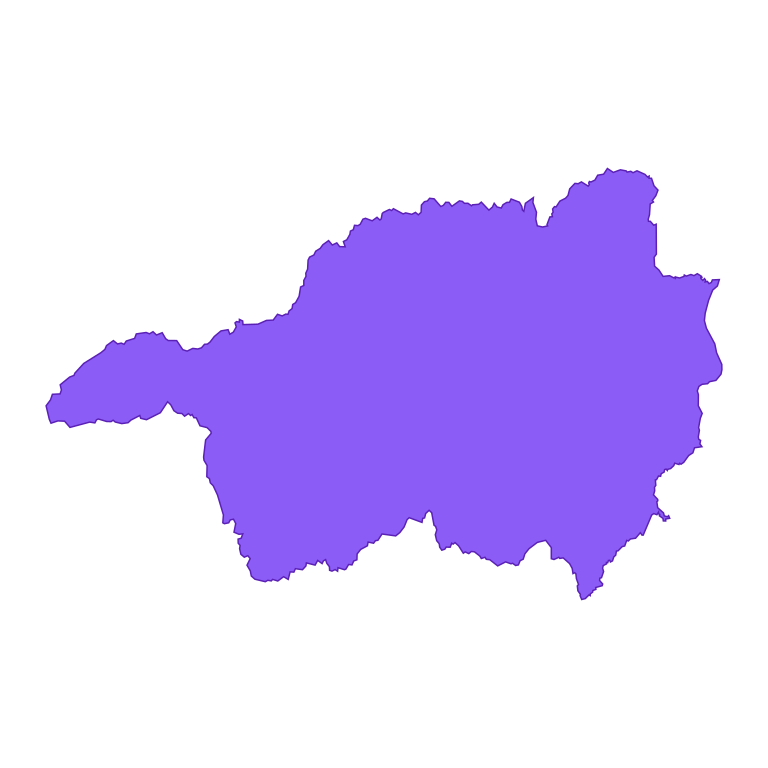 Santa Ana, Manabi, Ecuador
{"feature_id": "8360857B69594621756810", "entity_name": "Santa Ana", "entity_type": "district", "adm_level": 2, "iso_a3": "ECU", "parent_name": "Ecuador", "parent_adm1": "Manabi", "projection": "equal_earth", "projection_center": [-80.204, -1.195], "detail": "fine", "context": "isolated", "style": "filled", "palette": "violet", "viewbox_px": 768, "rotation_deg": 0, "n_neighbors": 0, "source": "geoboundaries", "source_scale": "gbopen_adm2", "svg_char_len": 6113}
<svg xmlns="http://www.w3.org/2000/svg" viewBox="0 0 768 768"><path d="M337.6,571.2L338.0,567.7L344.5,569.7L345.9,569.1L348.6,564.5L352.0,564.9L353.7,561.0L356.9,559.8L357.1,554.0L360.7,549.4L367.4,545.8L368.1,542.1L373.6,543.2L375.4,540.7L377.9,540.3L382.0,534.0L395.7,535.9L399.8,532.6L404.1,527.0L407.1,519.6L409.2,517.7L422.0,522.4L422.7,518.4L424.6,517.9L425.7,513.5L429.1,510.3L431.7,512.7L434.0,525.2L435.6,526.4L436.8,529.9L435.3,534.7L436.7,540.7L439.2,543.7L439.7,547.2L441.8,550.2L444.8,549.2L446.2,547.1L450.2,547.2L451.7,543.2L453.1,544.1L455.0,542.6L458.6,545.8L463.3,553.2L465.2,551.9L468.8,553.6L471.3,551.5L474.4,551.8L479.8,556.0L481.3,558.5L485.0,557.3L486.3,559.3L489.8,559.7L497.7,565.9L505.6,561.9L511.0,563.8L512.7,563.3L515.6,565.5L518.4,564.9L520.1,560.7L523.2,559.2L524.9,553.8L529.0,548.7L537.3,542.4L545.7,540.3L551.3,547.6L551.3,558.7L554.0,559.5L558.8,557.3L559.8,558.4L563.2,557.9L569.6,563.6L572.2,568.4L573.0,573.6L574.7,572.7L575.9,573.8L576.4,578.6L578.5,584.5L577.3,585.9L577.9,590.8L580.4,594.4L580.1,595.7L581.7,599.5L585.3,598.6L589.0,594.9L590.2,595.6L590.3,593.9L592.6,592.2L592.9,590.5L595.9,589.4L595.7,587.5L602.2,585.7L602.7,584.0L599.6,580.5L599.8,578.2L601.5,577.7L603.6,571.5L602.6,568.2L603.2,565.6L606.5,563.9L606.5,562.5L607.7,562.7L608.4,560.5L609.7,560.3L610.4,562.0L612.5,560.9L613.8,556.9L615.7,555.2L616.4,551.1L618.1,550.8L622.2,546.6L624.7,546.0L626.7,540.4L628.3,541.0L630.4,539.0L635.6,538.2L640.3,532.7L642.0,535.1L643.2,535.1L651.7,515.0L653.8,513.6L656.9,514.7L658.5,512.2L658.6,513.9L659.7,514.4L659.4,515.8L663.0,518.4L663.3,520.9L665.7,521.0L665.7,519.0L669.7,518.3L668.6,515.7L667.4,516.7L664.3,515.9L663.5,512.9L657.7,507.7L656.8,501.7L657.8,500.8L657.7,499.4L653.5,494.9L654.7,490.9L654.5,487.2L655.8,485.4L655.4,479.9L656.6,479.6L658.5,476.0L660.6,476.3L661.2,473.7L664.1,472.1L664.6,469.6L666.1,469.1L667.3,470.5L667.8,469.3L670.6,468.6L673.8,465.6L674.7,463.2L679.0,464.5L679.6,463.3L681.0,464.2L683.7,462.4L688.7,455.5L692.9,452.8L694.5,447.8L701.9,446.7L699.9,443.9L700.6,440.4L698.8,439.4L698.3,437.0L699.4,430.2L698.6,427.7L700.3,418.4L702.2,413.4L698.3,405.8L698.4,394.7L697.3,390.9L698.9,386.4L702.1,384.3L707.6,383.7L709.5,381.7L715.9,380.4L721.0,374.2L721.9,369.8L721.8,364.4L716.6,352.8L714.8,343.9L706.4,328.2L704.4,320.6L705.2,313.2L708.6,300.3L712.7,290.1L717.4,286.0L719.3,279.6L712.4,279.9L711.3,282.5L709.0,283.6L707.4,281.4L705.1,281.9L705.6,280.2L704.5,278.6L702.8,280.4L700.8,278.4L700.8,277.3L701.9,277.4L701.5,276.3L697.3,273.7L694.0,275.6L690.9,274.5L686.3,276.1L684.3,275.0L684.0,276.4L679.6,278.0L676.3,277.2L675.4,278.2L675.1,277.0L673.9,277.9L669.6,275.7L663.1,276.4L658.9,270.0L654.6,266.2L654.1,257.3L656.4,254.1L656.2,224.2L653.7,225.2L650.3,221.3L648.5,221.3L648.2,219.3L649.5,214.7L650.2,204.0L653.5,202.0L652.3,200.5L655.8,195.8L658.0,190.1L654.0,185.8L651.5,178.3L649.0,178.2L649.1,176.1L647.5,177.0L645.0,174.4L637.0,170.8L633.0,172.7L630.8,171.3L627.1,172.1L626.2,170.9L620.4,169.8L613.3,172.4L607.4,168.5L603.6,174.2L597.7,175.2L594.9,180.1L590.9,182.0L589.4,181.5L588.7,183.0L589.3,184.7L588.2,186.1L581.4,181.9L578.2,183.7L574.9,183.4L569.7,188.9L568.0,195.5L565.6,198.2L559.9,201.1L556.1,206.9L554.5,206.6L552.6,209.0L553.1,212.2L551.8,213.9L552.4,216.7L549.9,216.9L547.0,224.6L547.6,225.9L542.6,227.0L537.3,225.8L535.8,219.2L536.5,212.3L532.9,202.5L533.4,197.6L525.4,203.3L523.8,211.3L522.4,210.0L521.8,206.4L519.4,202.2L511.1,199.0L509.5,202.3L506.8,202.4L503.0,204.7L501.3,208.0L497.1,207.0L494.2,203.3L492.4,207.1L488.9,210.1L481.3,202.1L478.7,204.3L472.5,204.8L471.5,205.8L468.0,203.3L464.4,203.3L462.4,201.4L459.4,200.9L451.9,206.3L448.9,202.4L445.7,202.3L443.4,205.3L440.8,206.5L434.1,198.8L429.6,198.3L427.4,201.0L424.4,201.7L421.4,205.1L421.1,212.3L418.3,214.8L415.5,212.4L411.8,214.3L405.7,212.9L403.1,213.9L393.4,208.7L391.6,210.5L389.4,209.5L383.2,212.5L382.2,213.6L381.2,218.9L379.9,220.0L377.0,217.3L372.2,220.8L365.5,218.3L362.9,219.2L360.2,224.3L358.0,225.6L354.5,225.3L353.3,229.7L350.4,231.1L349.9,234.3L346.8,239.8L343.4,241.5L345.2,246.8L339.6,246.6L336.8,242.9L332.3,245.0L328.6,240.6L322.9,244.7L320.2,248.4L315.7,251.2L313.9,255.0L309.6,257.1L308.1,260.1L307.6,269.2L305.8,273.2L306.0,276.4L303.8,280.4L303.8,285.5L300.6,287.0L299.1,296.3L295.6,302.7L292.7,304.5L292.1,308.6L289.1,310.9L288.0,314.3L285.8,314.1L282.2,315.9L277.5,314.3L273.2,320.1L266.5,320.4L257.9,324.2L243.0,324.6L242.7,321.0L239.4,319.4L239.3,322.1L236.5,321.6L235.0,322.9L236.3,326.9L233.3,332.2L229.8,334.2L228.1,329.7L221.0,330.9L214.3,336.5L210.0,342.1L207.4,344.1L204.5,344.3L201.5,347.8L197.8,349.0L192.8,348.4L187.1,351.1L182.8,349.7L176.7,340.6L168.1,340.5L165.6,338.6L162.2,332.7L156.5,335.0L153.0,331.7L149.5,333.8L146.1,332.5L136.3,333.9L134.6,338.4L126.3,341.0L124.1,344.3L121.3,343.1L117.5,343.9L113.4,340.6L106.5,345.6L104.9,349.4L100.9,352.7L83.8,363.4L74.9,373.1L74.0,375.4L69.6,377.1L60.2,384.8L61.4,390.0L60.1,393.9L52.4,394.3L50.5,399.9L46.1,405.8L49.3,419.3L51.0,423.2L57.9,420.9L64.6,421.2L70.0,427.4L89.7,422.1L94.9,422.9L96.5,419.8L98.3,419.0L106.7,421.5L111.1,421.6L113.1,420.2L115.2,422.0L121.8,423.6L128.1,422.7L130.9,420.1L139.8,415.5L140.7,418.3L146.5,419.7L160.4,412.7L167.6,401.8L170.7,404.7L173.9,410.7L177.6,413.2L181.9,413.5L184.6,416.2L188.5,413.6L190.6,415.5L192.1,414.5L193.9,417.7L196.3,417.8L200.0,425.8L207.1,427.6L210.9,431.4L211.2,433.3L205.6,440.0L203.6,457.1L204.0,460.3L207.1,465.5L206.8,476.7L209.4,478.6L210.3,482.8L213.2,485.7L217.5,495.0L223.4,514.9L222.8,522.8L224.4,523.7L228.7,522.8L230.3,519.9L233.5,519.2L235.7,523.5L234.0,532.2L239.0,534.3L242.8,533.8L241.2,538.2L238.1,539.1L238.2,543.2L240.1,545.4L239.6,548.7L240.9,554.3L244.3,557.2L247.8,555.7L250.2,558.6L247.0,565.2L250.3,570.9L251.3,576.0L254.9,579.2L265.3,581.7L267.8,580.3L271.3,580.9L272.6,579.4L277.8,581.0L283.6,576.7L288.2,579.4L290.1,571.9L293.9,572.1L295.4,568.7L302.5,569.7L305.9,566.0L306.4,562.9L315.1,565.1L317.7,560.4L322.1,563.6L323.4,560.9L325.6,559.6L326.8,563.3L329.4,566.7L329.6,570.3L332.0,571.1L335.1,569.6L337.6,571.2Z" fill="#8b5cf6" stroke="#5b21b6" stroke-width="1.5"/></svg>